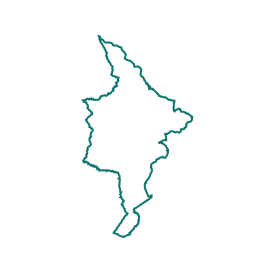 the district of San Juan Del Cesar, La Guajira, Colombia, rotated 62°
{"feature_id": "7082276B71643992336561", "entity_name": "San Juan Del Cesar", "entity_type": "district", "adm_level": 2, "iso_a3": "COL", "parent_name": "Colombia", "parent_adm1": "La Guajira", "projection": "natural_earth1", "projection_center": [-73.123, 10.813], "detail": "fine", "context": "isolated", "style": "outline", "palette": "teal", "viewbox_px": 256, "rotation_deg": 62, "n_neighbors": 0, "source": "geoboundaries", "source_scale": "gbopen_adm2", "svg_char_len": 5886}
<svg xmlns="http://www.w3.org/2000/svg" viewBox="0 0 256 256"><g transform="rotate(62 128 128)"><path d="M34.9,110.8L35.9,111.1L36.2,111.6L36.6,111.7L37.1,111.3L38.3,111.7L40.1,111.9L41.1,111.4L44.4,111.6L45.8,111.1L46.7,111.5L48.5,111.3L50.0,111.8L51.7,111.2L52.6,112.5L53.7,112.8L54.1,113.5L55.7,113.0L56.2,113.7L57.1,114.0L59.2,113.3L60.6,114.0L62.0,113.2L64.5,113.5L66.6,112.7L68.1,114.1L69.8,114.1L70.6,115.4L72.3,116.6L72.6,117.4L73.1,117.8L75.1,116.8L76.6,114.8L77.8,114.8L78.2,113.7L79.1,112.7L80.8,114.6L81.8,114.4L82.2,115.3L82.4,117.2L83.1,117.1L83.4,117.7L84.2,117.7L85.0,118.3L85.7,118.0L85.8,119.4L85.2,119.9L85.6,120.3L85.5,121.0L85.9,121.2L85.9,122.4L86.5,123.1L87.6,122.9L88.2,123.4L88.1,124.8L89.0,126.7L89.2,128.0L88.4,128.3L88.1,129.4L88.9,129.7L89.4,130.7L89.2,132.5L88.5,132.6L88.0,133.4L87.6,136.1L87.2,136.7L88.0,137.6L87.9,138.7L89.1,139.4L89.1,141.1L88.1,142.9L87.8,143.9L87.0,144.5L86.9,145.1L86.1,145.1L85.8,146.4L84.8,146.4L85.1,147.3L84.9,147.9L84.1,148.3L84.5,149.1L83.2,149.9L82.8,150.9L83.3,151.5L83.4,152.2L82.4,154.8L84.1,154.6L84.4,153.6L85.0,153.8L85.8,153.3L85.9,152.8L87.7,153.2L88.9,152.9L90.2,153.1L91.1,154.3L91.3,154.1L93.7,154.1L94.4,153.4L96.6,153.0L97.3,152.4L98.3,152.9L98.5,153.4L99.0,153.4L98.9,154.7L99.4,155.6L99.8,157.4L99.6,157.9L100.9,160.2L100.9,161.0L101.7,161.1L101.8,161.5L106.7,160.6L109.0,161.6L109.7,160.7L111.1,160.8L111.6,160.0L112.9,159.8L114.2,161.1L114.8,162.7L116.3,164.2L116.8,164.1L118.1,165.1L118.5,165.0L118.5,166.2L119.2,166.5L119.9,167.5L122.0,168.1L123.4,168.0L125.4,168.7L125.8,169.5L126.3,172.8L127.3,173.6L128.3,173.7L128.7,174.9L130.6,175.4L131.4,176.4L132.0,176.7L132.1,177.3L132.9,178.1L134.0,178.2L134.4,179.2L134.2,180.3L135.3,181.6L135.8,182.8L136.6,183.1L136.7,182.7L137.1,182.8L137.3,182.6L137.5,181.9L137.8,182.3L138.2,181.2L138.5,181.1L138.7,180.4L139.2,180.4L139.6,179.8L140.1,179.8L140.1,179.5L140.5,179.2L141.2,179.7L141.2,179.3L142.3,179.1L142.8,178.3L143.2,178.3L143.3,177.8L143.9,178.0L144.0,177.3L144.8,177.0L144.8,176.6L145.4,177.0L146.2,176.0L146.1,175.2L146.5,175.2L146.7,174.6L147.1,174.9L147.4,174.5L148.5,174.3L148.5,173.6L149.3,173.9L149.1,173.1L149.4,173.5L150.4,173.2L150.5,173.7L150.8,173.1L151.0,173.2L152.1,172.7L152.3,172.9L152.5,171.8L153.8,169.9L153.9,169.3L155.2,167.5L155.2,167.0L155.7,167.2L155.6,166.4L156.1,166.1L156.5,164.9L156.8,164.8L156.8,164.3L158.6,162.9L158.4,162.1L158.6,161.6L159.6,161.5L160.0,161.1L160.0,161.4L160.5,161.3L160.6,160.3L161.1,160.0L160.9,159.5L161.6,158.8L162.2,158.7L162.9,157.8L163.9,157.8L165.6,158.1L166.4,157.9L167.8,158.8L168.3,159.9L168.6,159.5L169.7,159.3L170.2,159.9L171.3,160.4L172.5,161.5L173.7,161.9L174.9,163.0L178.1,163.7L181.4,165.0L181.7,164.3L183.0,166.2L184.7,166.1L185.4,166.5L185.6,167.3L186.6,166.4L187.5,166.7L188.7,166.3L189.4,166.5L190.1,165.9L190.6,166.1L192.5,169.5L193.2,169.5L193.6,169.0L194.3,168.9L196.5,169.3L198.0,168.9L199.5,169.5L200.8,169.6L203.3,168.5L204.0,169.6L204.1,171.0L205.0,173.4L205.6,173.8L206.9,176.7L208.5,178.7L208.5,179.6L208.9,180.0L209.1,180.9L210.3,182.5L210.8,184.1L212.0,185.6L212.9,188.5L213.9,189.9L217.4,186.7L218.2,186.7L220.0,185.2L222.2,183.0L222.0,182.2L222.5,181.1L222.2,179.1L222.3,177.8L222.7,177.6L222.5,177.3L222.6,175.8L221.3,175.8L221.2,174.6L220.8,174.2L220.5,172.4L219.8,171.0L220.0,170.4L219.2,169.6L219.1,169.2L218.7,169.1L218.0,167.7L218.7,166.8L217.9,165.7L217.5,164.3L216.9,164.1L216.7,163.2L215.3,162.6L215.2,162.1L214.8,162.3L214.2,162.0L214.1,161.6L211.2,159.6L210.7,159.9L210.0,159.6L208.9,160.0L208.6,159.7L208.1,160.0L207.4,159.8L207.1,160.5L206.6,160.7L206.5,161.4L206.0,161.4L205.2,162.3L204.2,161.1L203.1,161.4L202.7,161.2L202.1,160.0L202.3,159.0L200.5,141.4L200.1,140.1L199.7,139.9L199.8,139.6L199.2,139.6L198.6,139.1L198.4,141.3L198.3,141.9L197.8,142.2L189.1,141.3L186.7,140.3L185.0,139.0L184.9,138.0L184.4,138.1L181.4,132.1L179.8,130.2L178.7,129.4L178.4,128.5L177.3,127.1L175.4,126.2L173.6,126.3L172.7,125.3L171.6,125.2L170.9,124.4L170.4,120.9L170.9,120.1L170.8,119.3L169.6,117.7L169.5,116.8L169.2,117.1L169.1,116.8L169.6,115.0L169.1,113.2L170.0,111.4L169.8,110.7L171.1,110.2L171.7,109.2L171.7,108.7L170.5,106.5L168.3,104.1L167.3,103.5L166.6,104.1L166.1,104.1L165.8,102.8L164.6,103.2L164.3,102.9L162.5,103.2L161.6,102.9L158.8,104.3L157.4,104.7L157.2,105.5L156.0,106.1L155.8,107.5L155.6,107.5L155.3,106.5L155.6,104.9L155.5,102.5L155.8,101.4L156.8,100.0L153.7,98.6L150.7,97.9L151.8,96.0L151.4,94.8L151.7,93.9L150.9,92.6L151.2,91.0L152.8,89.2L154.0,88.6L154.1,87.7L154.9,86.0L156.2,84.9L156.3,84.2L154.7,81.8L154.1,81.8L154.4,80.7L155.3,79.3L155.0,78.4L154.3,78.0L154.5,77.3L154.2,75.8L152.3,75.1L151.0,72.9L151.7,70.1L151.5,68.8L150.6,67.4L148.9,67.1L148.9,66.3L147.9,66.1L147.3,66.7L145.7,67.2L144.1,68.2L143.4,68.2L142.8,69.4L141.8,69.6L141.7,70.2L140.3,70.8L139.5,71.7L139.0,72.9L138.5,73.3L137.3,73.2L136.6,73.6L135.9,73.1L135.1,73.7L134.6,74.6L134.8,76.4L134.3,77.8L134.4,78.6L135.0,78.6L135.2,79.1L134.5,79.3L131.6,78.5L131.1,77.7L127.5,75.9L126.5,74.5L125.6,74.3L124.7,75.9L123.5,76.8L123.1,77.7L122.5,77.9L122.5,78.4L122.1,78.9L118.3,80.7L117.2,82.5L116.2,83.4L116.0,84.1L114.8,84.6L114.3,85.5L112.1,85.4L111.7,86.1L110.7,86.0L108.2,87.0L106.8,87.1L106.1,87.9L105.6,87.6L104.8,87.8L104.2,88.6L104.4,89.3L103.6,89.4L103.4,91.1L101.6,90.5L101.8,89.8L101.5,89.1L100.4,89.5L100.0,90.2L98.8,90.2L98.4,90.6L98.0,89.9L97.6,89.9L97.2,90.8L96.5,91.0L93.9,90.7L93.1,91.2L92.3,90.8L91.7,91.0L90.7,90.8L88.9,91.7L86.9,92.0L82.7,88.9L81.3,88.9L78.9,89.7L78.2,90.5L77.1,93.3L76.2,93.5L74.2,92.7L73.1,93.3L71.1,93.8L69.6,94.6L69.4,95.2L68.9,95.4L67.6,96.8L65.5,98.0L64.4,97.9L62.6,95.8L61.9,95.4L58.6,95.8L57.5,96.4L55.7,96.7L53.8,96.0L52.3,97.8L51.0,98.3L49.9,99.3L48.1,102.3L45.9,102.3L44.9,103.0L43.2,105.1L42.8,106.6L41.8,107.7L40.4,108.6L38.7,108.7L37.8,109.5L35.9,110.0L34.0,110.0L33.3,110.6L34.9,110.8Z" fill="none" stroke="#0f766e" stroke-width="2"/></g></svg>